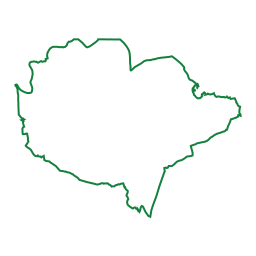 the district of Humbang Hasundutan, Sumatera Utara, Indonesia
{"feature_id": "22746128B305851071948", "entity_name": "Humbang Hasundutan", "entity_type": "district", "adm_level": 2, "iso_a3": "IDN", "parent_name": "Indonesia", "parent_adm1": "Sumatera Utara", "projection": "natural_earth1", "projection_center": [98.603, 2.238], "detail": "fine", "context": "isolated", "style": "outline", "palette": "green", "viewbox_px": 256, "rotation_deg": 0, "n_neighbors": 0, "source": "geoboundaries", "source_scale": "gbopen_adm2", "svg_char_len": 5559}
<svg xmlns="http://www.w3.org/2000/svg" viewBox="0 0 256 256"><path d="M198.3,86.2L198.1,86.0L198.0,85.6L197.9,84.4L197.3,83.8L196.5,83.7L195.8,83.5L195.5,83.2L195.3,83.0L195.0,82.7L194.9,82.5L194.5,82.4L194.1,82.1L193.5,81.4L192.6,81.0L192.2,80.5L190.3,79.9L189.6,79.4L188.8,78.2L188.4,77.1L188.0,75.5L187.1,73.7L184.6,70.5L184.2,69.5L184.0,68.8L184.3,68.4L184.2,67.5L184.0,67.0L180.5,63.1L180.0,62.8L179.2,62.1L178.8,61.8L178.5,61.5L178.3,61.3L174.5,58.2L174.4,58.1L171.8,56.3L169.2,56.9L166.3,57.2L161.4,57.7L157.7,58.3L155.4,59.0L154.8,59.3L154.3,59.1L152.2,59.6L150.7,60.1L146.6,60.3L144.2,61.1L141.2,63.4L134.9,67.0L131.8,69.9L130.3,71.0L130.5,70.8L130.6,69.7L130.4,65.4L130.1,63.0L130.0,57.9L129.8,54.8L129.6,53.5L129.2,51.3L128.5,49.6L127.7,48.2L127.3,47.6L127.0,47.0L124.0,43.1L120.2,39.5L98.3,39.3L98.3,39.6L97.0,41.0L95.5,42.3L89.9,46.3L87.6,47.2L86.9,47.3L85.7,46.5L85.2,45.9L82.4,42.8L78.3,39.3L73.7,39.3L73.0,40.1L71.2,41.3L70.0,41.7L68.8,41.7L67.5,43.2L66.8,45.3L65.3,46.8L62.9,47.4L62.2,47.0L60.3,47.2L58.9,47.1L57.2,46.8L54.6,46.8L52.7,46.9L50.5,48.2L49.0,50.0L47.6,52.6L47.2,54.3L47.1,56.2L47.7,58.1L47.6,58.5L47.2,58.6L46.7,58.7L45.7,58.9L45.8,60.6L45.7,60.9L45.1,61.4L44.1,61.3L43.7,61.5L42.3,61.8L42.0,61.7L41.4,61.2L40.9,61.2L40.5,61.3L39.1,62.2L38.4,62.6L37.9,62.7L37.0,62.0L36.4,61.7L36.0,61.9L35.4,61.8L34.2,61.4L31.0,61.9L30.3,62.3L29.9,62.7L29.6,63.4L29.4,64.7L29.5,65.2L29.8,66.1L30.5,67.1L31.8,69.4L32.3,70.7L32.5,71.9L32.6,73.2L32.6,74.7L32.3,75.8L32.1,77.1L31.6,79.2L30.6,81.4L30.5,81.9L30.4,82.3L30.7,83.3L31.7,86.1L32.2,87.5L32.2,88.0L32.3,88.9L31.9,91.5L31.3,92.5L30.8,92.7L29.5,93.0L28.3,93.0L27.1,93.0L26.3,92.7L25.2,92.4L23.6,91.7L22.5,91.1L21.3,90.5L20.0,89.4L18.9,88.1L18.3,87.0L17.1,84.9L16.4,84.5L15.4,84.9L15.4,85.6L16.4,86.6L16.9,87.6L17.4,88.8L17.6,90.0L17.6,91.0L17.8,93.2L18.3,95.6L18.2,97.4L18.2,99.8L18.3,101.5L18.4,103.7L18.4,106.2L18.8,114.7L20.9,117.3L21.6,118.0L22.3,118.6L22.9,119.0L22.6,118.0L23.3,118.8L24.1,119.4L21.5,120.1L23.4,121.4L23.1,121.8L23.0,122.5L23.4,124.5L24.1,126.7L23.6,126.8L22.5,128.3L22.4,129.2L22.6,133.0L22.8,134.1L23.5,134.2L24.1,134.1L24.9,134.1L26.1,133.6L26.9,133.5L27.1,133.6L27.2,134.1L27.4,135.3L27.8,137.2L28.0,138.4L27.9,140.1L28.4,141.6L25.7,145.7L25.8,145.9L27.3,147.3L29.1,148.4L30.8,149.7L33.1,153.7L34.5,155.4L35.5,156.0L37.0,156.2L37.8,155.5L38.3,156.3L39.3,156.5L40.6,156.5L41.3,157.4L43.7,155.9L44.4,160.1L46.3,161.0L49.2,161.4L49.9,161.8L50.4,162.6L51.8,163.3L53.6,164.6L55.8,166.0L59.9,170.7L61.5,171.0L63.1,171.1L64.7,171.6L65.9,171.6L66.9,172.2L67.8,172.3L69.6,172.7L71.4,173.7L73.2,174.5L73.6,175.1L75.9,176.6L78.0,178.1L79.5,179.9L82.7,180.8L87.1,182.1L89.8,182.7L94.4,183.8L96.9,184.5L98.3,184.4L100.5,183.7L101.1,183.3L101.7,183.3L102.9,183.2L103.7,183.7L104.6,183.4L106.2,183.5L107.1,183.3L108.2,183.6L108.7,184.4L110.1,185.0L110.7,185.4L111.6,186.6L112.7,186.3L114.2,186.4L115.0,185.7L116.2,185.0L117.3,184.9L118.4,184.2L119.6,184.5L120.6,183.8L123.3,183.4L124.6,187.6L125.1,187.8L125.2,187.7L125.3,188.1L125.5,188.4L125.9,189.3L127.1,190.3L127.8,191.0L127.6,192.5L127.3,193.6L126.9,194.1L126.7,194.6L126.5,195.7L127.5,197.0L127.8,197.9L128.3,199.1L127.8,199.9L127.3,200.8L127.2,201.6L127.1,202.7L127.4,203.8L127.8,204.9L129.8,206.6L132.0,208.1L132.9,208.5L134.3,207.5L135.6,207.5L136.1,208.7L137.3,209.1L137.6,209.7L137.7,209.1L139.5,211.8L140.2,210.3L140.7,207.5L141.4,206.3L141.7,206.0L142.9,206.5L145.6,212.1L148.3,215.8L148.9,216.3L149.8,216.2L150.0,216.5L150.3,216.7L151.4,210.1L152.9,205.5L156.4,196.1L159.7,185.3L164.4,172.0L164.8,171.5L164.3,168.0L165.9,167.6L166.6,168.0L167.6,167.8L167.9,167.4L168.0,167.4L168.7,166.0L171.8,166.1L174.1,164.4L176.9,161.7L179.4,160.6L181.6,160.2L185.2,158.0L185.9,157.3L187.2,156.5L190.8,156.1L192.5,155.5L192.6,154.3L192.6,152.5L192.3,151.8L192.2,151.0L191.6,149.2L190.8,145.9L192.6,145.2L195.5,144.3L196.9,143.4L201.8,142.3L203.2,142.1L205.2,141.6L207.1,140.8L208.9,139.4L210.3,137.8L212.3,136.6L214.6,135.0L216.3,134.1L216.8,133.8L220.1,132.8L221.6,132.3L222.8,131.8L224.9,131.2L225.6,130.6L226.0,129.8L227.0,129.7L228.0,126.3L229.6,123.0L230.5,120.5L230.8,119.4L232.3,118.9L232.6,118.9L235.6,117.7L236.2,117.7L236.6,117.4L236.8,117.2L238.2,116.5L238.2,115.1L238.6,115.0L239.5,115.2L240.6,115.8L240.6,114.9L240.4,114.4L240.0,113.9L239.6,113.3L239.3,112.5L239.3,112.0L239.6,109.0L240.1,106.7L239.3,106.5L238.8,106.2L238.1,105.6L237.4,104.1L237.2,103.6L236.2,102.4L236.3,101.6L235.8,100.7L234.9,98.4L234.4,98.2L234.0,98.4L233.7,98.4L231.7,98.8L230.6,98.9L230.4,98.6L229.9,97.5L229.5,97.8L229.8,97.5L228.3,98.0L227.0,96.6L226.7,97.1L225.7,97.4L224.7,97.4L224.1,97.0L222.9,97.0L222.7,97.1L221.8,97.1L220.5,96.9L219.1,96.5L218.3,96.4L216.6,96.9L216.2,96.8L215.1,95.8L214.2,94.3L213.9,93.2L212.2,94.1L210.2,94.5L209.4,94.2L208.8,94.2L207.9,93.6L207.1,94.3L205.4,94.7L205.6,94.4L205.6,93.8L205.0,93.1L204.2,92.4L202.9,93.9L202.5,93.7L202.2,93.9L202.1,94.1L201.8,94.5L201.8,95.1L202.0,96.4L201.0,97.4L200.4,97.9L199.9,98.2L198.8,98.2L198.0,98.4L197.5,98.2L196.5,97.5L195.5,96.6L195.2,95.9L194.9,95.6L194.3,95.0L193.9,94.8L193.9,94.0L193.7,93.2L193.2,92.7L193.0,92.3L192.9,91.4L192.7,91.2L192.7,90.5L192.5,89.9L192.5,89.5L192.6,89.1L192.8,88.3L193.1,88.1L193.4,87.5L193.6,87.3L194.2,86.7L194.4,86.2L194.6,85.6L194.9,85.4L195.4,85.4L196.3,85.5L196.8,85.6L197.3,86.0L197.5,86.2L197.9,86.4L198.3,86.2ZM194.5,90.8L194.8,90.7L195.0,90.4L194.9,90.2L194.5,89.6L194.3,89.7L194.3,90.0L194.3,90.5L194.5,90.8ZM197.5,87.2L197.4,87.0L197.2,87.8L197.3,87.9L197.4,87.7L197.5,87.2Z" fill="none" stroke="#15803d" stroke-width="2"/></svg>